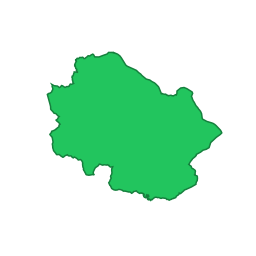 outline of Agona East, Central, Ghana, rotated 142°
{"feature_id": "2480657B54607197552612", "entity_name": "Agona East", "entity_type": "district", "adm_level": 2, "iso_a3": "GHA", "parent_name": "Ghana", "parent_adm1": "Central", "projection": "natural_earth1", "projection_center": [-0.645, 5.635], "detail": "fine", "context": "isolated", "style": "filled", "palette": "green", "viewbox_px": 256, "rotation_deg": 142, "n_neighbors": 0, "source": "geoboundaries", "source_scale": "gbopen_adm2", "svg_char_len": 5763}
<svg xmlns="http://www.w3.org/2000/svg" viewBox="0 0 256 256"><g transform="rotate(142 128 128)"><path d="M154.7,56.9L153.4,57.2L152.9,56.6L151.9,56.9L149.6,56.8L148.8,56.4L148.2,55.9L147.6,54.9L146.8,54.5L146.3,53.9L145.9,53.1L145.5,52.4L144.8,51.9L143.9,51.7L142.1,49.8L141.5,49.1L141.4,47.8L140.4,47.1L140.0,45.8L139.7,45.7L139.3,45.7L137.7,45.1L136.8,45.1L136.6,44.9L136.2,44.8L135.7,44.5L135.2,44.6L134.7,44.2L133.2,43.8L131.8,44.5L129.6,44.3L128.8,44.4L128.0,44.8L127.7,45.1L127.4,44.2L126.9,44.0L122.4,44.2L121.7,44.5L120.5,44.0L114.3,42.5L109.1,41.8L108.5,42.6L107.8,43.0L107.1,43.6L106.1,43.8L105.7,44.1L104.4,45.4L103.3,47.0L103.1,47.5L103.1,47.8L104.2,49.4L104.3,50.1L103.5,50.2L102.9,51.2L101.5,52.4L101.3,52.9L101.2,53.5L101.8,55.8L102.3,56.7L102.3,57.8L101.9,58.6L101.8,59.3L102.4,60.7L102.1,61.6L102.4,61.9L100.0,62.9L97.5,63.6L97.0,63.6L96.2,64.0L92.4,64.1L91.7,64.4L91.3,64.3L90.4,65.1L85.6,64.3L82.4,64.3L79.6,63.1L76.2,62.6L71.8,65.6L64.3,66.3L59.2,66.1L57.1,66.4L56.7,67.8L56.5,69.4L57.1,75.7L57.5,77.6L58.1,79.2L58.9,80.5L59.8,81.8L61.8,84.6L63.7,88.9L63.6,89.8L63.3,90.4L61.2,94.0L60.6,96.5L60.6,97.8L60.7,99.5L60.5,101.2L60.7,103.9L60.0,107.4L59.9,109.3L59.5,110.8L58.7,112.9L58.6,113.8L55.7,115.5L55.3,117.0L57.4,122.8L58.9,125.4L61.9,127.1L66.6,127.0L68.3,125.0L69.7,124.3L70.0,125.0L72.6,125.4L72.8,125.8L73.5,126.3L73.8,127.2L74.3,127.6L76.3,128.5L76.5,129.4L76.9,129.4L77.2,130.0L77.4,131.3L77.6,131.6L78.1,131.8L79.4,133.2L79.7,133.9L80.3,134.1L80.2,134.6L80.6,134.8L80.0,136.5L78.8,140.7L78.6,141.7L78.7,143.0L79.1,146.2L79.5,147.6L80.5,149.7L81.3,152.4L83.5,155.3L84.7,160.7L84.8,162.7L85.5,165.1L85.9,168.2L87.1,170.6L90.4,176.8L90.8,177.9L91.0,179.1L90.1,187.0L90.0,189.7L90.6,192.1L90.8,192.7L92.6,195.9L92.7,195.5L94.4,197.9L94.3,197.5L96.7,199.5L99.1,199.2L103.1,200.6L107.1,201.8L110.4,204.5L110.0,207.1L110.3,207.9L112.2,208.3L113.7,208.3L114.2,208.6L114.5,209.1L115.2,209.5L116.6,209.3L118.1,209.4L118.9,209.2L119.9,209.8L120.1,211.6L120.6,212.0L121.4,212.2L122.1,212.9L122.4,213.2L122.6,213.3L123.2,213.3L123.5,213.2L124.4,213.2L124.9,214.0L125.1,214.2L125.4,214.2L125.9,213.9L126.2,214.0L126.7,213.7L127.2,214.0L127.6,213.5L127.5,213.2L127.4,213.3L127.2,213.2L127.5,212.6L127.7,212.9L128.1,212.3L128.9,211.8L129.9,211.4L130.4,210.9L130.8,210.9L131.2,210.0L131.3,210.2L131.8,209.8L131.8,209.4L131.6,209.5L131.4,209.6L131.4,209.3L131.8,208.6L132.5,207.0L132.5,206.8L132.2,206.3L132.3,205.8L132.5,205.4L133.1,205.3L133.2,203.9L133.4,203.1L133.6,203.0L133.9,203.3L134.0,203.8L134.8,204.2L135.1,204.7L135.5,204.9L135.9,205.3L136.5,204.7L137.6,204.1L138.7,203.2L139.2,203.1L139.5,202.9L140.0,203.2L140.8,202.6L140.8,202.4L141.0,202.3L141.2,201.5L141.7,200.7L142.1,200.4L142.2,199.8L142.5,199.6L142.7,198.7L143.3,198.0L143.4,196.6L145.7,197.2L146.1,197.9L146.4,198.1L146.7,198.1L147.0,197.9L148.4,197.4L148.6,197.2L148.9,197.4L149.4,197.3L151.0,198.5L152.3,198.6L152.7,198.8L153.6,201.5L154.1,202.3L154.3,202.4L155.9,201.9L157.3,202.2L157.6,203.8L157.7,204.3L158.0,204.7L160.1,206.7L161.2,209.3L161.4,208.1L162.2,207.5L163.0,205.3L163.7,204.6L165.1,204.0L166.0,203.4L167.8,203.4L168.3,203.6L169.0,204.0L169.9,203.9L170.4,204.2L170.9,204.1L175.1,194.1L175.9,192.4L177.3,190.5L177.4,189.7L177.1,187.0L177.2,185.8L177.2,185.4L177.1,185.1L176.1,183.9L175.9,183.4L175.8,181.6L175.7,180.7L175.3,179.9L175.2,179.4L175.7,179.5L176.0,179.4L177.4,178.7L178.4,178.4L179.8,178.5L179.8,177.4L179.4,175.8L179.3,174.8L179.2,174.3L179.2,172.8L180.6,172.7L180.9,172.4L181.6,171.5L183.7,171.6L184.6,171.4L185.1,171.6L185.6,171.3L186.5,171.5L187.7,171.5L188.3,171.9L189.3,172.0L189.9,172.4L190.5,172.2L191.0,171.6L191.4,171.5L192.6,171.4L193.6,170.9L193.5,167.3L195.8,162.9L197.5,162.0L198.4,160.3L199.5,158.7L200.1,157.0L200.6,156.0L200.5,152.1L200.7,151.2L200.4,150.7L199.3,150.0L198.5,149.4L198.0,146.7L197.6,146.0L197.5,145.3L196.8,144.8L194.7,144.9L192.2,144.2L192.2,143.2L192.1,142.8L191.1,141.8L190.5,141.5L189.9,140.6L190.1,140.0L189.6,138.2L188.1,138.1L187.2,136.0L186.9,134.7L186.9,133.5L186.6,133.2L186.1,133.0L184.9,132.4L184.6,131.1L184.8,129.3L185.3,128.4L185.5,127.9L185.8,127.8L186.4,127.0L187.6,124.9L187.8,123.7L188.7,122.7L188.7,122.4L188.9,122.1L188.9,121.1L189.2,119.9L189.2,119.3L189.7,117.2L189.4,116.5L188.0,115.0L187.1,114.4L185.0,113.3L184.1,112.7L183.8,112.2L183.4,112.3L183.4,113.4L183.1,114.0L182.9,114.2L181.8,115.1L178.8,116.6L177.8,116.8L175.0,116.6L174.0,116.8L172.9,117.2L172.4,116.9L171.4,115.1L170.8,114.3L170.2,114.0L169.7,114.0L167.7,112.0L167.4,111.8L166.9,111.8L166.7,111.6L166.5,110.7L166.0,110.3L166.3,109.3L165.8,108.0L165.1,107.5L163.9,106.9L164.8,106.3L165.9,105.9L166.4,105.3L166.9,104.7L168.2,102.6L169.0,101.9L169.7,101.4L170.8,101.1L171.7,100.4L171.9,99.9L172.0,98.9L174.1,98.0L175.1,97.3L176.9,96.7L177.5,94.4L177.6,93.9L177.4,93.2L178.1,90.4L177.3,88.2L176.4,87.0L174.9,85.9L173.4,85.4L173.0,85.3L171.8,84.0L171.1,82.9L170.7,82.1L170.6,81.2L169.1,80.0L167.0,77.3L165.8,76.3L165.5,75.4L165.4,74.4L164.8,74.2L163.5,74.2L162.8,74.4L162.4,74.4L161.5,73.7L160.7,73.6L160.1,73.3L160.1,72.0L159.3,69.7L158.9,69.1L157.6,68.9L157.4,68.1L156.7,67.7L156.4,67.0L156.7,66.7L156.8,66.5L156.7,66.3L156.2,66.0L156.1,65.9L156.2,65.7L156.6,65.8L156.8,65.4L157.3,65.4L157.4,65.2L157.2,64.7L157.7,64.3L157.7,63.3L157.4,62.9L157.1,62.2L156.9,62.1L156.7,62.2L156.2,62.6L156.0,62.0L155.7,61.9L155.3,62.3L155.3,62.8L154.9,63.6L154.5,63.7L154.4,63.9L154.2,63.9L153.8,62.8L153.2,62.5L153.6,61.7L153.9,62.3L154.1,62.2L154.1,61.6L154.4,61.4L155.0,61.9L155.0,61.2L155.4,61.2L155.5,61.1L155.6,60.3L156.1,60.6L156.4,59.9L156.4,59.5L155.9,58.6L155.6,58.5L155.8,59.3L155.6,59.6L155.4,59.5L155.4,58.9L154.9,58.7L154.9,58.0L154.6,58.0L154.5,57.9L154.8,57.7L154.7,56.9Z" fill="#22c55e" stroke="#15803d" stroke-width="1.5"/></g></svg>